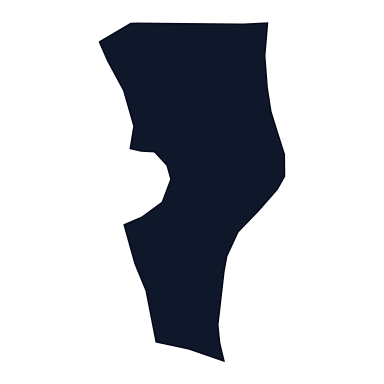 Guéra, Guéra, Chad (Robinson projection)
{"feature_id": "50815135B83117027765697", "entity_name": "Guéra", "entity_type": "district", "adm_level": 2, "iso_a3": "TCD", "parent_name": "Chad", "parent_adm1": "Guéra", "projection": "robinson", "projection_center": [18.747, 12.012], "detail": "fine", "context": "isolated", "style": "filled", "palette": "ink", "viewbox_px": 384, "rotation_deg": 0, "n_neighbors": 0, "source": "geoboundaries", "source_scale": "gbopen_adm2", "svg_char_len": 596}
<svg xmlns="http://www.w3.org/2000/svg" viewBox="0 0 384 384"><path d="M99.5,41.9L99.5,42.0L107.7,60.7L123.8,90.5L134.0,126.2L130.3,148.5L141.2,151.0L154.5,151.7L167.1,165.3L171.0,179.2L162.3,202.3L142.0,217.2L124.2,224.8L131.2,250.0L135.1,263.8L146.2,290.8L156.2,341.9L188.6,348.8L223.9,361.0L219.7,343.4L218.7,334.1L217.8,324.8L223.9,271.5L226.7,256.1L238.0,231.8L258.4,210.7L277.1,189.4L284.5,176.3L284.3,154.4L276.9,131.1L270.8,111.5L267.1,87.5L264.7,55.8L267.5,23.1L243.0,24.3L242.9,24.3L136.9,23.3L136.7,23.3L130.8,23.5L99.5,41.9Z" fill="#0f172a" stroke="#020617" stroke-width="1.5"/></svg>